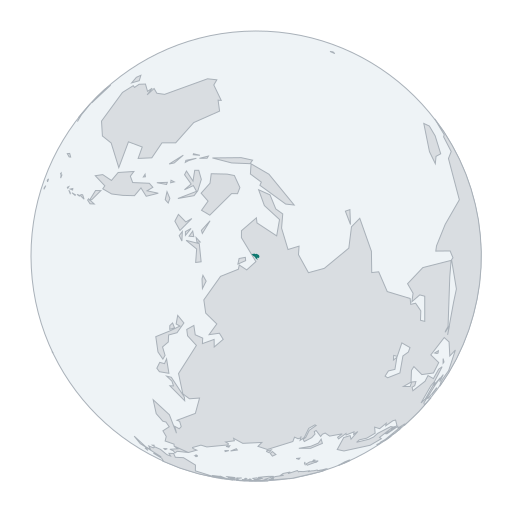 Ha Tinh highlighted on a globe, orthographic projection, rotated 177°
{"feature_id": "VNM-474", "entity_name": "Ha Tinh", "entity_type": "Province", "adm_level": 1, "iso_a3": "VNM", "parent_name": "Vietnam", "parent_adm1": "", "projection": "orthographic", "projection_center": [105.781, 18.334], "detail": "fine", "context": "on_globe", "style": "filled", "palette": "teal", "viewbox_px": 512, "rotation_deg": 177, "n_neighbors": 0, "source": "natural_earth", "source_scale": "10m", "svg_char_len": 11252}
<svg xmlns="http://www.w3.org/2000/svg" viewBox="0 0 512 512"><g transform="rotate(177 256 256)"><circle cx="256" cy="256" r="225" fill="#eef3f6" stroke="#a8b0b8"/><path d="M464.3,333.7L463.9,335.1L463.8,335.4L464.3,333.7ZM360.3,56.3L358.9,55.6L360.8,59.0L368.8,64.5L361.2,60.4L381.4,74.7L387.1,82.5L376.0,71.2L371.4,68.3L373.0,71.9L368.6,69.8L366.9,70.6L361.5,67.9L355.4,62.3L351.8,60.7L353.2,63.5L348.6,63.1L347.1,59.2L339.0,58.4L327.4,50.4L327.8,44.6L316.8,40.5L306.3,36.4L324.8,41.5L342.9,48.1L360.3,56.3ZM303.2,35.7L301.8,35.4L300.7,35.2L303.2,35.7ZM284.7,32.6L283.4,32.4L279.7,32.0L279.1,31.9L284.7,32.6ZM464.5,170.7L464.7,171.1L464.5,170.6L464.5,170.7ZM464.7,171.3L464.5,170.7L464.6,171.0L464.7,171.3ZM464.3,170.8L464.2,170.6L463.8,169.6L464.3,170.8ZM375.5,69.4L374.1,67.5L377.0,70.2L375.5,69.4ZM367.6,71.2L369.4,72.5L367.7,72.4L367.6,71.2ZM357.9,68.5L354.7,68.2L356.9,67.4L357.9,68.5ZM352.1,67.5L344.3,67.6L347.7,70.4L333.8,63.3L345.0,65.1L347.3,63.5L348.7,65.8L352.1,67.5ZM287.6,32.9L287.1,32.9L287.6,32.9ZM290.7,33.4L308.0,36.9L308.8,37.4L302.8,35.9L306.6,37.3L298.4,35.8L294.5,34.7L295.6,34.5L291.7,34.2L290.7,33.4ZM327.4,59.7L324.6,59.2L326.4,58.7L327.4,59.7ZM283.1,32.4L286.6,32.9L287.5,33.3L280.8,32.5L282.6,32.5L283.1,32.4ZM311.5,38.7L311.0,39.1L304.3,37.9L303.2,38.0L298.3,35.8L311.5,38.7ZM280.6,32.3L277.4,32.1L273.6,31.7L279.8,32.0L280.6,32.3ZM290.5,33.8L290.7,34.0L288.4,33.6L290.5,33.8ZM258.4,30.8L262.4,30.9L263.3,31.0L258.4,30.8ZM276.4,32.1L277.7,32.3L278.5,32.5L275.7,32.4L276.4,32.1ZM293.9,35.3L291.2,34.9L295.5,36.1L290.7,35.6L288.3,34.4L287.3,34.7L285.8,34.6L285.5,33.8L293.9,35.3ZM275.2,33.0L270.5,31.9L262.7,31.4L261.7,31.2L274.4,32.0L275.2,33.0ZM281.3,33.5L277.3,33.0L278.1,32.7L281.4,32.9L281.3,33.5ZM288.2,35.8L296.3,36.9L296.6,37.2L288.2,35.8ZM272.7,32.8L274.0,33.1L272.1,32.8L272.7,32.8ZM283.3,34.9L286.1,35.1L286.3,35.4L283.3,34.9ZM274.0,33.7L272.5,33.3L274.6,33.2L274.0,33.7ZM278.1,34.3L277.7,34.6L276.3,33.5L279.3,34.3L278.1,34.3ZM283.0,35.1L284.1,35.3L281.8,35.0L283.0,35.1ZM266.7,34.4L264.4,33.0L269.1,32.8L270.7,34.1L266.7,34.4ZM79.3,116.3L78.0,120.1L76.4,123.0L69.6,131.5L61.8,151.7L67.7,146.0L67.7,160.1L72.3,164.7L86.6,148.1L79.1,140.0L84.9,129.9L96.6,128.9L104.1,137.3L106.7,133.7L107.8,121.9L115.6,118.0L108.9,117.6L107.1,122.0L102.9,122.2L104.3,118.2L107.0,116.8L106.4,113.2L93.7,122.1L90.5,127.6L85.3,124.3L79.5,133.4L75.9,135.7L84.4,121.2L88.2,117.2L98.9,100.6L94.4,104.4L84.0,120.6L84.6,118.3L78.4,124.7L83.6,118.1L96.1,100.4L95.5,98.6L88.6,105.3L102.1,91.5L101.2,92.4L106.4,87.8L116.6,79.1L114.0,81.5L117.4,78.8L116.1,80.6L123.2,76.8L123.3,78.4L134.6,71.6L136.2,71.8L129.0,75.5L124.1,79.5L125.2,84.9L128.0,84.3L135.3,79.7L134.7,82.2L141.6,77.1L146.5,78.9L146.3,72.8L154.9,68.3L162.5,67.0L165.3,64.7L152.9,67.1L148.0,69.1L143.8,72.5L130.4,78.6L128.1,78.1L142.1,68.4L140.4,67.0L152.0,61.0L178.4,56.7L185.0,58.5L177.9,70.1L171.4,71.7L170.7,68.1L163.5,75.4L167.8,72.8L167.3,75.3L175.4,72.5L175.4,74.1L183.1,69.0L184.0,70.7L179.2,73.9L191.9,72.3L196.2,75.6L199.1,74.5L200.9,72.4L205.1,78.6L207.0,77.6L206.4,75.1L209.8,71.7L217.5,68.2L218.5,70.5L215.9,72.1L211.9,79.2L204.8,83.6L206.0,84.3L212.4,81.1L217.3,72.2L221.6,69.6L220.3,73.6L221.1,71.9L223.6,71.3L227.0,73.1L228.9,68.8L254.8,62.2L264.0,65.8L259.9,69.5L279.0,69.6L287.9,75.1L287.3,72.6L296.1,71.9L293.4,70.0L293.8,68.8L315.1,67.9L320.9,70.0L329.4,68.1L329.1,67.1L325.3,65.2L333.8,63.3L347.7,70.4L347.7,72.4L356.4,76.0L355.1,80.5L358.1,86.3L351.6,90.0L354.6,94.9L357.7,95.9L363.9,103.8L366.2,117.8L350.8,102.0L344.7,83.2L346.0,90.1L341.7,87.5L339.6,89.5L340.9,94.9L343.5,96.1L324.8,102.0L319.8,117.1L329.9,116.9L336.3,122.2L339.5,142.7L320.2,169.8L328.5,179.9L329.0,186.3L321.7,189.9L320.8,180.5L313.5,176.8L314.1,171.3L302.2,174.9L302.5,167.3L293.1,174.5L296.6,180.8L307.0,179.9L298.7,190.2L309.2,201.6L310.4,214.9L292.5,237.5L274.3,243.7L273.2,247.9L266.0,242.6L256.4,250.4L269.6,275.1L269.2,282.0L253.6,294.1L253.3,289.0L234.3,275.0L230.6,291.2L245.0,305.9L249.9,322.0L238.8,316.3L233.8,302.0L227.1,296.6L229.0,282.5L223.7,260.8L212.5,263.6L213.5,255.1L204.5,236.6L188.4,240.1L162.9,259.0L159.1,280.2L150.4,288.2L140.5,254.7L141.3,233.4L134.3,233.8L126.8,213.6L104.3,205.5L104.0,199.6L99.1,200.5L94.3,192.6L95.1,183.2L90.9,181.9L89.6,207.0L94.5,208.6L102.7,202.2L101.1,210.6L106.1,220.4L90.0,235.7L61.4,241.4L63.6,224.9L67.9,175.6L70.5,171.5L70.8,170.9L71.1,169.9L66.4,176.3L68.8,167.2L61.1,199.5L57.6,212.6L60.9,242.1L59.4,243.9L61.9,250.9L76.2,251.5L75.2,256.7L65.4,277.7L50.0,301.5L54.9,325.0L58.7,343.3L55.6,350.1L62.4,365.2L61.7,367.3L66.0,375.3L69.1,381.5L70.4,383.6L61.8,370.2L54.3,356.2L47.7,341.8L42.1,326.8L37.7,311.6L34.3,296.0L32.0,280.3L30.9,264.4L30.8,248.5L31.9,232.7L34.1,216.9L37.5,201.3L41.9,186.1L47.3,171.1L53.8,156.6L61.3,142.6L69.8,129.1L79.3,116.3ZM107.0,156.5L114.9,161.6L120.2,148.4L123.7,149.5L124.2,144.9L120.6,147.5L123.2,135.5L129.8,134.3L133.4,129.3L130.9,127.5L118.4,131.7L114.5,148.5L108.9,152.1L107.0,156.5ZM132.6,67.5L136.1,65.3L137.8,64.5L134.4,66.8L130.6,69.1L130.6,68.9L132.6,67.5ZM130.5,69.7L144.4,61.1L145.0,61.5L142.3,62.6L141.3,63.7L136.7,65.9L123.7,75.4L119.5,78.2L121.8,75.1L123.3,74.3L126.5,71.8L130.5,69.7ZM178.8,44.5L184.9,42.4L178.3,45.7L173.4,47.4L173.1,46.7L178.6,44.5L178.8,44.5ZM274.9,31.5L271.6,31.5L268.6,31.3L269.5,31.2L264.9,31.1L263.9,30.9L260.2,30.8L255.6,30.7L274.9,31.5ZM230.7,32.2L230.9,32.1L226.9,32.6L233.6,31.9L233.5,32.0L240.8,31.9L250.6,31.5L253.5,31.7L249.6,32.0L255.2,32.1L249.9,32.9L251.8,33.2L248.5,34.7L239.8,35.5L242.7,35.9L240.3,37.4L233.1,38.5L235.4,37.0L225.9,39.6L224.8,38.2L223.8,38.6L220.2,38.2L214.1,38.7L214.6,38.0L212.0,38.5L209.6,38.5L206.1,39.1L206.0,38.3L201.7,39.0L204.1,38.3L196.8,39.9L202.1,38.4L199.5,38.7L195.8,40.0L200.9,37.6L230.7,32.2ZM265.5,34.8L255.4,35.3L249.8,35.0L258.0,32.7L256.9,32.3L261.9,31.5L269.9,32.1L267.7,32.2L267.5,32.5L265.1,32.2L266.8,32.7L263.9,33.0L264.4,33.5L261.0,33.5L265.5,34.8ZM79.1,120.9L78.7,122.3L79.0,123.4L75.2,127.8L79.1,120.9ZM87.4,108.7L87.6,109.0L82.4,115.1L82.8,113.9L87.4,108.7ZM92.3,104.4L88.1,108.6L90.6,105.6L92.3,104.4ZM129.8,75.8L130.6,76.1L128.9,77.4L126.4,78.6L129.8,75.8ZM204.6,48.2L206.8,46.8L208.2,46.7L215.7,44.4L217.1,45.6L213.1,47.5L204.6,48.2ZM82.7,149.8L78.8,151.9L79.3,149.5L80.5,149.2L82.7,149.8ZM74.8,139.1L74.5,143.8L73.8,140.3L74.8,139.1ZM207.4,49.1L210.3,47.9L209.2,49.3L207.4,49.1ZM218.5,46.4L217.9,47.8L218.1,45.5L218.5,46.4ZM166.7,454.0L171.4,456.4L168.4,455.8L166.7,454.0ZM77.3,351.1L81.5,379.6L76.1,376.7L70.8,366.6L66.2,348.4L71.0,346.1L72.1,338.8L77.3,351.1ZM306.7,359.5L313.4,360.4L313.1,361.4L306.7,359.5ZM299.7,356.2L307.4,356.5L298.3,358.3L299.7,356.2ZM310.4,356.7L318.3,354.8L321.7,353.2L321.0,355.2L310.4,356.7ZM294.4,356.2L265.7,355.0L254.4,351.9L257.1,348.5L275.4,350.2L294.4,356.2ZM256.1,348.3L238.8,337.0L215.2,304.9L223.6,306.3L248.4,326.4L246.8,329.5L257.3,338.2L256.1,348.3ZM298.1,331.1L296.4,340.5L280.6,339.3L273.4,337.5L268.5,325.2L271.2,319.2L277.1,319.6L300.0,299.2L308.0,304.5L301.0,313.3L307.5,321.6L298.1,331.1ZM160.0,282.5L164.4,296.1L159.8,297.4L160.0,282.5ZM309.2,284.5L300.0,293.6L308.4,281.3L309.2,284.5ZM314.2,272.8L314.8,277.5L311.0,272.9L314.2,272.8ZM273.0,254.4L266.7,255.2L266.6,251.9L274.5,248.9L273.0,254.4ZM311.2,226.3L311.1,236.1L310.0,239.5L307.1,233.5L311.2,226.3ZM223.3,61.7L211.2,63.1L203.5,65.9L200.5,69.7L199.5,65.4L211.5,61.1L223.3,61.7ZM250.8,61.6L253.3,58.9L255.7,60.2L255.4,61.0L250.8,61.6ZM249.9,59.9L246.5,56.7L250.1,55.3L252.1,58.1L249.9,59.9ZM226.5,51.7L222.8,51.9L223.8,50.7L226.5,51.7ZM411.8,417.7L412.3,417.8L405.9,423.9L397.9,430.6L392.2,434.2L411.8,417.7ZM361.5,442.5L363.4,437.2L371.1,435.4L366.1,440.7L361.5,442.5ZM417.2,412.5L423.0,406.1L427.3,399.6L424.1,405.0L426.2,403.4L413.5,416.8L417.2,412.5ZM338.8,422.2L295.1,435.5L285.9,434.0L289.2,429.0L282.6,413.2L285.7,413.6L284.8,402.6L311.2,392.5L330.3,373.2L344.0,373.9L354.9,359.5L368.6,359.6L363.9,370.8L377.4,376.7L388.4,351.4L394.7,376.4L403.1,383.9L403.2,398.8L380.8,426.3L369.7,432.5L368.5,430.7L363.7,433.6L357.4,433.5L355.7,426.1L350.9,429.0L356.3,422.6L349.0,428.6L346.5,423.7L338.8,422.2ZM435.9,364.5L437.4,364.7L439.1,368.1L436.7,368.2L435.9,364.5ZM460.3,340.9L460.5,342.6L459.1,343.9L460.3,340.9ZM463.8,335.4L462.2,337.3L464.3,333.7L463.8,335.4ZM446.3,347.1L446.9,348.5L446.2,349.2L446.3,347.1ZM445.7,346.8L447.0,344.0L446.5,346.6L445.7,346.8ZM439.3,335.1L440.4,333.5L440.8,334.5L439.3,335.1ZM323.3,360.5L332.8,353.2L337.9,352.4L323.3,360.5ZM438.0,332.6L435.4,333.0L435.7,331.5L438.0,332.6ZM438.3,329.3L438.1,327.4L439.5,331.6L438.3,329.3ZM433.5,326.0L436.5,328.8L433.1,326.5L433.5,326.0ZM431.5,326.9L429.1,325.8L429.3,325.1L431.5,326.9ZM403.3,334.0L412.3,344.6L404.8,345.3L396.4,339.0L389.3,346.6L373.5,346.8L377.3,342.3L375.3,335.8L358.7,334.2L355.4,330.0L361.4,326.8L350.3,323.8L362.5,321.4L367.3,330.0L374.2,322.6L385.8,323.5L396.9,325.5L405.5,331.1L403.3,334.0ZM362.3,340.9L364.4,340.8L362.5,343.5L362.3,340.9ZM424.7,321.7L428.1,325.4L427.6,326.5L425.9,326.2L424.7,321.7ZM407.5,329.4L417.0,320.9L419.1,320.7L412.8,329.8L407.5,329.4ZM414.8,316.4L419.0,316.8L421.2,320.6L420.3,321.9L414.8,316.4ZM337.4,333.6L336.9,336.1L333.7,334.3L337.4,333.6ZM341.6,332.1L351.2,334.4L340.7,334.2L341.6,332.1ZM312.0,323.7L314.9,329.6L324.0,325.9L317.0,331.3L323.1,340.9L321.0,344.5L315.0,334.1L312.7,344.8L308.7,344.6L306.6,335.4L310.7,324.2L314.7,319.5L331.0,317.5L312.0,323.7ZM341.5,324.9L339.0,318.1L340.9,313.5L343.7,317.0L341.5,324.9ZM331.3,301.6L324.3,293.7L318.1,296.8L330.6,285.5L335.2,295.0L331.3,301.6ZM325.2,284.1L319.4,286.9L325.4,280.3L325.2,284.1ZM317.9,284.2L317.1,278.6L321.8,279.3L317.9,284.2ZM328.3,284.3L329.2,274.8L331.6,280.4L328.3,284.3ZM314.9,266.1L325.0,275.3L312.0,271.3L311.1,253.1L316.6,252.7L314.9,266.1ZM342.8,193.5L341.1,188.5L346.0,187.3L345.7,191.0L342.8,193.5ZM360.3,180.7L346.7,185.4L335.6,190.0L339.3,192.3L337.3,200.8L331.5,192.9L338.9,183.5L347.4,181.7L348.1,174.7L354.1,170.1L352.0,161.5L354.4,157.9L358.9,165.3L360.3,180.7ZM350.7,158.0L349.1,143.4L358.5,145.5L360.9,149.1L357.7,154.8L353.0,153.3L350.7,158.0ZM351.5,140.7L346.9,139.3L334.9,118.8L334.8,115.2L348.8,130.9L345.2,130.6L346.5,135.5L351.5,140.7ZM325.8,60.4L324.7,59.3L327.2,60.3L325.8,60.4ZM292.1,67.9L293.1,66.5L295.9,67.4L292.1,67.9ZM297.2,63.3L293.3,63.1L297.0,62.3L297.2,63.3ZM284.8,63.2L291.6,62.6L285.7,64.6L284.8,63.2Z" fill="#d9dde1" stroke="#a8b0b8" stroke-width="1"/><path d="M253.7,255.0L253.7,254.9L253.8,254.9L254.1,254.8L254.5,255.0L254.8,255.0L255.0,255.0L255.4,255.0L255.5,255.0L255.7,254.9L255.8,254.8L255.8,254.7L256.0,254.7L255.9,254.3L256.0,254.4L256.0,254.5L256.2,255.0L256.4,255.3L256.5,255.5L256.8,255.8L257.0,256.0L257.2,256.3L257.3,256.3L257.5,256.3L257.7,256.5L257.8,256.5L258.1,256.7L258.1,256.8L258.1,257.0L258.1,256.9L258.3,256.9L258.4,257.0L258.5,257.1L258.8,257.5L258.7,257.5L258.6,257.4L258.3,257.4L258.1,257.4L258.1,257.5L257.9,257.7L257.7,257.7L257.3,257.6L257.1,257.5L257.0,257.4L257.0,257.2L256.9,257.2L256.5,257.0L256.4,257.0L256.2,257.1L255.9,257.2L255.7,257.3L255.4,257.4L255.2,257.3L255.2,257.2L254.9,256.8L254.9,256.7L254.7,256.5L254.4,256.7L254.2,256.6L254.2,256.4L253.9,256.3L253.9,256.2L253.7,256.1L253.7,255.9L253.5,255.7L253.4,255.6L253.4,255.4L253.5,255.1L253.6,254.9L253.7,255.0Z" fill="#14b8a6" stroke="#0f766e" stroke-width="1.5"/></g></svg>